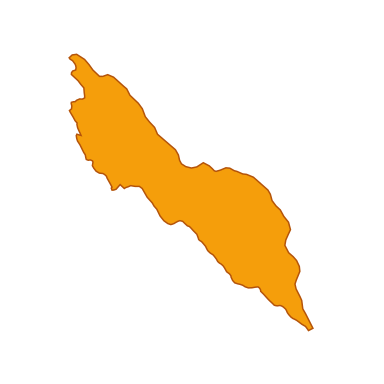 Tenom, Sabah, Malaysia, rotated 313°
{"feature_id": "92858781B47862255723096", "entity_name": "Tenom", "entity_type": "district", "adm_level": 2, "iso_a3": "MYS", "parent_name": "Malaysia", "parent_adm1": "Sabah", "projection": "robinson", "projection_center": [115.899, 4.893], "detail": "fine", "context": "isolated", "style": "filled", "palette": "amber", "viewbox_px": 384, "rotation_deg": 313, "n_neighbors": 0, "source": "geoboundaries", "source_scale": "gbopen_adm2", "svg_char_len": 2755}
<svg xmlns="http://www.w3.org/2000/svg" viewBox="0 0 384 384"><g transform="rotate(313 192 192)"><path d="M174.8,373.4L180.4,358.1L182.1,352.7L187.5,346.2L189.1,342.4L192.1,334.2L194.9,330.1L198.8,328.3L207.5,325.0L210.8,321.2L213.2,315.2L213.7,310.1L213.5,304.1L216.3,296.3L220.9,293.3L226.4,291.4L231.6,289.7L235.7,283.2L236.8,275.7L239.1,268.8L239.1,262.9L240.3,256.4L243.8,250.8L245.2,246.2L244.7,226.8L242.1,219.9L239.8,216.8L237.7,210.8L236.4,208.4L235.2,203.4L232.8,200.3L227.3,197.8L223.5,195.5L222.7,193.8L222.9,190.8L222.9,186.8L221.1,180.3L213.6,178.4L209.1,175.2L206.3,170.1L205.4,165.1L206.7,161.3L209.8,156.8L211.6,151.1L210.7,127.4L213.7,120.6L214.2,113.2L215.2,106.5L219.0,98.9L220.3,92.1L220.4,80.7L222.9,73.9L222.7,69.9L222.5,56.3L220.3,50.3L215.7,47.9L213.5,45.5L213.6,36.3L214.9,29.9L215.7,23.0L214.0,13.7L210.5,10.9L206.4,10.6L206.0,12.2L206.6,15.1L205.8,19.2L205.1,20.8L204.4,21.7L203.8,22.5L201.9,23.7L199.0,22.2L197.1,22.5L195.7,23.6L195.7,26.5L195.7,29.1L195.7,32.8L194.9,37.1L194.4,41.9L191.1,45.5L189.1,47.9L187.7,49.3L185.4,48.6L184.3,47.5L183.5,46.4L180.3,45.0L178.5,45.0L177.2,43.8L175.3,42.6L174.4,43.2L172.9,45.5L170.6,47.2L168.0,46.8L167.3,48.6L166.6,51.0L165.7,54.1L164.4,57.9L164.1,60.9L162.9,61.8L161.0,64.5L159.8,67.2L158.9,69.5L157.7,72.3L156.7,70.4L155.8,68.4L154.3,68.9L152.5,71.2L151.2,73.5L150.1,77.9L147.1,85.8L146.4,88.6L144.7,90.9L143.7,92.5L144.5,94.5L146.1,95.7L146.9,98.0L146.3,99.2L143.3,101.2L142.4,104.1L141.8,107.7L142.6,111.3L143.7,112.8L144.8,114.3L145.2,116.3L145.2,118.6L144.2,120.6L142.4,126.2L141.7,128.2L141.0,130.2L139.8,130.3L138.8,132.2L140.0,133.4L142.2,134.6L148.4,134.4L148.4,136.7L148.4,140.1L150.0,140.5L152.6,141.9L154.8,142.8L157.4,146.7L160.2,149.7L160.6,153.2L157.6,162.8L156.9,170.4L155.8,173.9L155.4,178.0L152.7,185.0L152.3,187.6L151.8,191.1L152.4,195.8L153.7,198.7L155.0,199.5L156.8,200.4L159.0,201.0L161.2,201.8L162.8,202.7L164.2,205.2L164.1,207.8L164.1,211.7L165.0,213.7L164.9,216.1L164.6,219.4L164.4,224.4L162.6,228.0L161.8,229.3L161.8,230.7L162.1,232.1L162.2,233.3L161.9,236.0L161.5,239.0L160.7,241.0L160.0,243.0L159.8,244.2L159.8,247.2L160.4,250.0L160.2,252.1L159.6,255.5L158.7,258.2L158.7,260.3L159.2,262.7L159.2,265.3L158.6,267.8L157.3,271.7L157.7,275.3L157.3,277.5L156.3,278.8L155.0,282.1L154.7,285.2L156.0,288.0L157.2,290.0L158.4,292.7L158.9,295.5L160.3,298.6L162.9,301.2L165.7,303.3L167.6,305.0L167.8,306.9L167.2,308.8L166.2,310.0L166.1,313.7L165.5,320.7L165.4,323.0L165.4,326.7L165.3,329.4L166.1,330.9L167.0,332.1L168.9,333.6L169.7,335.0L170.2,337.3L170.2,340.3L169.8,341.7L168.8,344.0L168.3,346.3L168.0,349.6L168.3,352.1L168.9,353.8L169.5,356.1L170.2,362.6L171.1,366.7L170.6,369.5L170.1,371.7L174.8,373.4Z" fill="#f59e0b" stroke="#b45309" stroke-width="1.5"/></g></svg>